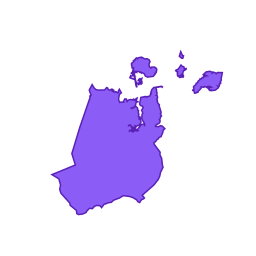 Nett, Pohnpei, Federated States of Micronesia (Mercator projection), rotated 35°
{"feature_id": "79324940B16225653054825", "entity_name": "Nett", "entity_type": "district", "adm_level": 2, "iso_a3": "FSM", "parent_name": "Federated States of Micronesia", "parent_adm1": "Pohnpei", "projection": "mercator", "projection_center": [158.226, 6.943], "detail": "fine", "context": "isolated", "style": "filled", "palette": "violet", "viewbox_px": 256, "rotation_deg": 35, "n_neighbors": 0, "source": "geoboundaries", "source_scale": "gbopen_adm2", "svg_char_len": 5829}
<svg xmlns="http://www.w3.org/2000/svg" viewBox="0 0 256 256"><g transform="rotate(35 128 128)"><path d="M92.4,209.8L100.5,209.3L105.4,213.3L107.3,217.5L110.5,219.9L123.4,222.9L125.0,224.5L133.0,225.1L135.2,227.5L137.2,227.2L139.9,224.8L141.6,222.3L142.1,221.1L141.9,219.6L142.5,215.9L145.1,214.5L145.5,211.4L146.7,209.5L149.1,208.0L150.3,207.8L152.0,208.4L152.2,203.8L153.3,203.0L154.3,201.0L157.0,198.4L157.6,195.4L161.2,190.2L162.9,186.2L168.3,183.3L171.9,182.2L176.4,181.9L178.3,182.7L180.3,182.4L180.2,178.9L181.4,177.1L181.6,175.9L178.2,174.9L181.9,159.8L182.3,152.7L181.6,149.2L180.1,145.7L179.2,140.0L177.7,138.9L173.0,133.6L169.5,131.6L168.2,129.4L158.5,126.2L157.6,124.8L158.4,123.5L158.4,120.5L159.2,119.4L158.7,118.1L160.0,116.2L159.1,111.9L158.2,109.7L158.6,107.4L155.0,106.8L153.2,107.5L152.3,109.4L149.6,110.9L149.2,109.2L150.6,106.8L150.9,105.3L150.1,103.6L148.9,103.2L149.1,102.2L148.2,100.1L148.6,99.0L146.4,97.9L146.7,97.4L146.0,96.0L140.6,91.8L140.3,90.9L138.7,90.7L136.4,89.3L136.5,88.8L135.0,87.7L135.0,86.6L134.3,85.5L133.2,84.8L132.6,85.0L132.8,84.5L131.4,82.3L130.4,81.8L129.3,80.1L127.4,79.1L131.5,75.0L132.6,75.0L132.5,74.5L131.4,74.7L125.9,80.1L125.5,82.9L126.3,85.7L127.0,86.4L126.7,86.5L127.1,87.4L126.6,87.5L127.2,87.6L127.5,89.5L126.0,91.0L125.9,91.9L125.4,91.6L123.9,92.4L123.2,93.2L123.4,93.6L122.2,94.2L121.0,95.6L123.8,101.8L125.3,102.4L127.4,101.9L128.7,102.4L129.0,105.8L130.5,106.4L131.6,107.7L131.7,108.8L133.7,112.1L135.8,113.5L138.4,114.6L139.7,115.6L140.3,116.6L140.8,116.7L140.2,116.6L139.5,115.6L138.7,115.6L137.0,117.6L136.6,123.3L136.0,124.9L136.7,125.3L137.1,124.7L137.9,124.3L138.5,124.6L137.6,124.5L136.7,125.4L136.0,125.0L134.1,128.4L133.3,128.7L132.4,128.2L131.6,128.3L130.8,130.5L130.8,128.8L131.3,128.3L132.1,127.8L133.1,128.3L133.9,128.1L131.7,126.3L132.8,126.4L132.7,125.5L132.0,125.1L131.0,125.2L127.9,124.4L127.2,125.8L127.0,125.5L127.6,124.4L127.2,124.3L128.2,124.2L132.3,125.1L132.7,125.2L133.0,126.2L133.8,126.5L134.8,126.1L134.8,125.3L134.1,125.1L133.5,124.5L134.0,124.9L134.7,124.4L133.9,122.7L133.4,122.7L133.3,124.2L131.6,124.4L132.9,124.1L133.4,122.8L132.5,122.1L134.0,121.4L135.4,119.6L135.6,116.8L135.3,115.7L132.0,112.6L131.5,113.4L132.6,114.9L131.3,113.4L131.0,112.7L132.3,111.7L130.7,112.6L129.8,112.5L129.2,110.7L127.7,109.5L126.6,107.7L125.6,107.6L124.1,106.0L122.3,105.9L121.5,106.6L120.5,109.2L119.5,110.0L118.7,110.2L120.6,108.5L121.0,106.7L121.6,106.1L119.8,102.1L121.7,100.5L119.3,101.4L118.3,98.3L117.8,99.1L117.8,101.1L117.3,101.7L116.8,101.9L117.7,101.0L117.3,100.7L116.7,101.4L116.0,101.1L115.4,102.4L113.6,103.3L112.4,104.8L112.1,106.8L110.1,105.2L108.7,106.0L109.0,108.7L109.7,109.3L107.4,110.8L106.7,111.8L104.6,110.7L103.4,109.2L101.7,105.5L102.4,103.0L98.7,101.2L98.9,103.3L99.8,104.5L99.4,105.1L97.2,105.2L96.7,105.5L96.8,106.3L94.8,106.7L94.9,105.6L94.7,106.4L94.1,106.5L93.9,106.1L94.4,105.9L94.5,106.4L94.7,105.3L92.6,105.3L92.7,105.7L93.8,105.4L93.6,106.6L92.6,106.0L91.8,106.4L91.1,107.7L89.6,107.7L88.3,106.9L87.3,107.1L87.0,110.3L81.6,114.2L79.6,114.9L77.5,114.7L73.7,113.0L74.5,119.2L78.9,122.3L78.4,123.8L79.2,124.0L88.1,155.0L96.7,181.2L106.1,188.5L92.4,209.8ZM176.0,34.1L173.5,28.5L169.6,31.1L169.0,32.6L169.7,33.4L168.7,32.6L166.1,33.1L165.4,34.8L164.9,33.9L162.5,34.6L159.8,37.3L159.0,41.3L159.7,41.4L161.1,40.3L162.5,40.1L161.6,40.9L161.6,41.5L160.5,42.1L160.8,43.7L159.8,44.0L159.9,45.5L158.8,46.6L159.2,46.9L158.5,49.6L159.0,50.8L158.2,52.4L158.7,53.8L158.0,56.0L158.1,56.8L159.8,58.4L159.9,59.3L159.3,59.5L159.5,60.1L160.5,59.6L162.5,61.3L163.6,60.5L163.7,59.6L164.8,58.7L164.4,58.0L165.1,53.7L164.3,52.3L166.8,51.2L166.8,50.3L167.9,49.7L169.9,49.6L170.6,48.1L169.8,48.1L170.9,47.1L172.8,46.8L171.5,48.1L171.9,49.4L171.1,49.6L173.3,50.4L174.3,49.9L174.2,49.3L175.1,49.4L177.8,46.9L178.9,43.4L178.6,42.3L177.8,42.1L178.7,41.8L178.2,39.8L177.7,39.7L177.7,38.0L178.0,38.5L178.2,37.9L177.2,37.3L177.0,35.3L176.0,34.1ZM111.6,89.1L109.1,86.6L111.0,85.4L111.1,86.2L112.7,86.5L111.2,86.1L111.2,85.3L113.6,84.6L113.8,83.3L113.4,82.8L113.5,84.5L112.1,84.6L112.8,84.0L112.6,82.8L112.3,81.9L111.0,81.2L111.1,80.4L110.6,81.1L111.2,80.1L110.9,79.4L110.1,81.1L109.8,81.2L109.9,80.1L109.0,81.6L109.1,83.7L109.3,81.9L110.8,81.2L111.9,81.9L111.8,82.3L112.2,82.1L112.3,83.2L111.5,83.6L110.1,82.5L109.8,83.1L110.2,82.9L111.0,83.5L111.1,84.2L112.3,83.5L112.5,83.8L110.2,85.8L108.8,86.3L108.8,85.9L107.8,85.5L102.2,80.2L102.0,79.0L100.8,79.0L100.5,78.4L102.8,77.6L101.9,77.2L104.8,75.4L105.7,75.6L105.9,75.0L107.4,75.4L107.4,74.7L109.9,74.2L112.5,75.5L114.8,75.1L119.1,71.2L119.3,68.3L118.8,67.9L119.2,67.7L119.2,66.0L118.7,65.8L118.8,65.1L117.7,63.2L116.2,62.8L114.9,62.8L112.4,64.6L112.4,65.7L110.4,65.6L108.5,63.6L108.0,61.0L106.2,60.0L103.9,60.3L102.0,61.9L99.5,62.0L98.7,62.7L98.4,62.3L96.6,64.0L95.7,65.3L96.0,65.8L94.6,65.8L94.4,67.8L94.9,68.0L94.1,68.9L94.3,69.6L94.0,69.8L94.6,70.2L93.9,72.6L94.0,73.5L97.0,76.5L98.0,75.6L98.4,76.1L98.7,77.5L99.2,77.4L99.6,78.4L98.5,79.0L99.8,78.5L100.1,78.9L99.2,80.8L99.5,81.4L100.1,80.9L100.6,81.1L99.9,79.5L100.7,79.5L101.9,81.2L102.8,81.3L101.9,81.7L101.2,81.5L101.3,81.0L100.8,81.3L101.3,81.7L102.4,81.9L101.4,82.6L101.4,83.0L103.2,81.7L105.6,84.2L101.0,85.5L100.8,83.7L100.2,83.7L100.7,85.8L106.1,84.4L109.7,88.2L111.3,89.4L111.6,89.1ZM141.5,45.9L140.4,47.2L138.5,45.8L137.2,46.4L135.3,46.0L135.4,50.7L134.0,53.4L134.2,53.7L135.0,53.2L135.4,53.9L136.4,53.5L137.3,55.3L138.7,56.8L139.0,56.3L139.8,56.6L140.3,56.0L140.1,57.4L140.4,56.7L141.4,57.0L141.8,56.6L142.6,54.1L143.0,55.4L144.0,54.7L143.8,53.7L142.8,53.1L141.5,53.5L141.8,54.5L141.1,54.7L141.1,53.6L142.3,52.8L141.8,52.2L141.1,53.1L141.5,52.0L140.6,49.3L141.5,48.1L140.8,47.6L141.9,46.3L141.5,45.9ZM131.9,40.1L132.9,39.5L132.1,37.0L130.9,37.3L127.4,35.2L128.9,39.8L131.9,40.1Z" fill="#8b5cf6" stroke="#5b21b6" stroke-width="1.5"/></g></svg>